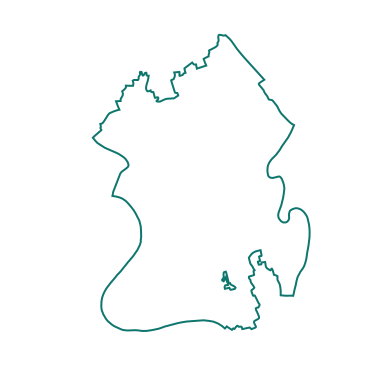 the district of Nam Truc, Nam Định, Vietnam, rotated 167°
{"feature_id": "81297802B82332241258399", "entity_name": "Nam Truc", "entity_type": "district", "adm_level": 2, "iso_a3": "VNM", "parent_name": "Vietnam", "parent_adm1": "Nam Định", "projection": "mercator", "projection_center": [106.206, 20.335], "detail": "fine", "context": "isolated", "style": "outline", "palette": "teal", "viewbox_px": 384, "rotation_deg": 167, "n_neighbors": 0, "source": "geoboundaries", "source_scale": "gbopen_adm2", "svg_char_len": 5950}
<svg xmlns="http://www.w3.org/2000/svg" viewBox="0 0 384 384"><g transform="rotate(167 192 192)"><path d="M116.7,68.1L113.9,74.1L112.2,77.3L109.9,82.3L108.2,85.4L104.3,89.9L100.8,93.0L99.3,94.7L97.6,97.4L95.6,101.2L93.4,107.0L90.6,113.4L87.6,121.7L86.1,127.9L85.5,132.0L85.3,134.2L85.3,140.4L85.4,141.8L85.9,143.6L87.0,146.3L87.9,148.0L89.3,149.8L90.2,150.7L92.1,152.0L93.5,152.6L94.6,152.9L95.6,152.9L97.9,152.7L100.4,151.9L101.1,151.2L102.1,149.5L102.7,147.7L103.2,144.8L103.6,143.7L104.6,142.6L105.2,142.1L106.1,141.6L106.8,141.4L107.5,141.3L108.4,141.4L109.5,141.7L110.5,142.2L111.9,143.7L113.1,146.2L113.4,147.4L113.4,148.6L113.2,150.1L112.4,152.2L108.0,159.0L104.5,165.9L103.2,169.1L101.5,173.8L101.1,175.1L100.9,178.3L101.0,181.2L101.6,184.7L102.3,186.3L103.1,187.3L104.0,187.6L109.1,187.5L110.6,187.6L112.3,188.3L112.9,188.8L113.8,189.9L114.0,190.6L114.1,191.5L113.9,194.9L113.3,197.4L112.6,199.4L112.1,200.6L110.5,202.8L108.8,204.5L107.2,205.9L101.9,209.2L98.5,212.0L97.4,212.9L93.8,216.6L86.2,223.4L82.1,228.0L77.5,234.2L79.9,236.5L80.9,237.8L82.3,239.9L87.2,248.0L88.4,251.0L89.8,256.5L92.3,261.9L93.1,263.3L93.5,263.6L94.4,264.0L95.6,264.5L96.4,265.0L97.1,268.3L98.9,272.4L99.4,275.2L102.5,281.4L102.6,282.2L102.5,282.5L102.2,282.8L100.4,283.6L96.3,285.1L111.2,311.8L113.3,315.9L116.0,321.4L119.5,330.0L120.9,332.7L122.8,335.5L124.1,337.3L124.7,337.2L125.9,337.2L129.2,338.8L130.3,339.0L131.0,338.5L131.6,337.1L131.9,334.1L132.1,333.4L132.6,332.5L133.7,331.5L133.8,329.9L134.2,329.2L135.4,328.4L136.8,327.8L140.5,326.8L143.5,326.1L143.6,325.8L143.7,324.1L144.9,321.9L145.3,320.4L148.2,319.8L150.7,319.1L150.3,315.4L149.7,312.0L159.5,311.1L159.4,315.4L160.6,315.5L161.6,316.0L162.7,318.1L171.5,314.2L171.7,312.0L171.5,309.6L173.0,309.4L173.6,309.3L174.6,308.3L175.3,308.1L177.5,307.9L177.8,307.9L178.0,308.1L178.0,308.8L177.3,311.1L177.3,311.8L182.4,312.5L182.3,310.1L182.4,309.4L183.6,307.2L184.4,306.2L185.3,305.9L186.9,305.7L187.1,305.6L187.2,305.3L187.0,301.8L186.8,299.8L186.3,293.1L185.9,292.4L184.1,291.8L183.9,291.3L183.7,289.1L188.5,287.3L189.1,287.3L190.1,287.7L191.6,287.8L194.1,288.3L196.1,288.5L198.2,288.3L201.8,287.5L203.0,287.3L205.1,287.8L206.0,288.3L206.1,288.6L205.9,289.0L204.8,289.5L204.2,290.1L203.8,290.6L203.7,291.2L203.8,291.7L204.3,292.1L206.6,292.0L207.0,292.2L207.1,297.3L207.2,298.0L207.5,298.3L208.5,298.3L209.1,298.6L209.4,299.6L209.5,300.3L210.9,299.9L212.6,300.1L212.9,300.4L213.2,300.9L213.5,302.1L213.4,303.5L212.9,305.2L212.1,306.8L210.0,310.5L209.0,312.6L208.1,315.0L209.5,315.4L209.9,315.9L210.0,316.4L209.6,317.8L209.7,318.5L209.9,318.6L210.8,318.6L211.4,318.2L212.6,316.9L213.2,316.5L213.7,316.5L214.1,317.3L214.1,319.7L214.3,320.4L214.9,320.6L215.5,320.7L215.9,320.2L216.0,318.5L216.2,318.1L218.1,316.1L218.6,314.2L219.2,313.4L219.7,313.3L222.2,314.0L223.6,314.2L224.7,313.8L224.6,311.7L224.7,310.9L225.5,308.8L226.8,309.0L232.5,310.5L232.7,309.2L233.4,308.2L234.3,307.5L235.6,306.7L236.9,306.2L237.4,305.8L237.2,304.4L237.2,303.3L237.5,302.5L237.9,301.6L238.6,300.8L240.5,298.8L241.1,296.7L245.6,297.5L244.9,292.1L244.2,288.5L246.5,288.5L250.5,288.1L254.5,287.3L255.6,286.7L257.0,285.5L261.5,281.0L263.5,279.3L264.7,278.9L266.0,279.0L266.1,276.0L266.8,275.1L266.8,274.3L266.3,272.9L266.5,272.6L273.9,268.7L276.4,267.2L274.9,264.1L273.1,261.0L267.1,254.8L264.3,252.7L256.9,247.2L255.0,245.7L252.0,242.6L250.8,241.3L249.2,238.9L247.9,235.3L247.8,234.4L247.8,232.5L248.1,231.8L248.8,230.9L250.9,229.7L255.8,227.6L256.6,227.1L257.8,226.0L268.7,209.9L270.4,206.0L266.6,204.5L263.5,202.8L261.6,201.4L259.7,199.5L258.4,197.9L256.7,195.1L254.5,190.9L252.9,187.3L251.7,183.6L249.8,176.0L249.7,172.9L249.7,170.1L250.5,165.1L251.6,159.8L252.8,156.5L253.0,155.3L253.5,154.2L254.8,152.0L258.4,147.6L264.2,142.4L270.3,137.9L279.4,130.7L283.8,127.8L285.5,126.4L292.3,121.3L297.4,117.0L299.6,114.6L301.4,112.3L303.3,109.3L304.7,106.1L306.1,101.0L306.4,99.0L306.5,96.7L305.9,92.6L304.3,87.6L303.2,85.3L300.2,81.2L298.5,79.3L296.6,77.7L291.5,73.8L289.8,72.9L286.1,71.6L278.8,70.2L275.7,69.3L271.8,67.8L267.6,66.9L264.6,66.6L261.3,66.4L255.6,66.3L252.9,66.5L249.3,67.0L236.5,67.4L232.7,67.4L226.4,67.0L209.6,64.4L204.2,62.5L200.2,60.8L196.1,57.9L192.9,54.7L190.6,51.6L188.3,53.2L187.8,52.5L184.1,48.7L182.5,49.8L181.5,49.0L180.3,50.0L178.4,51.4L177.9,51.4L177.5,51.2L176.9,50.3L176.4,50.1L174.9,49.9L174.2,49.6L173.9,49.1L173.8,47.1L166.3,47.0L164.9,45.0L161.3,45.5L160.4,45.8L160.0,46.4L160.1,47.0L160.9,50.3L160.9,51.0L160.5,52.0L160.0,52.3L155.9,53.5L155.2,54.0L154.9,54.5L154.8,55.4L155.0,57.1L155.6,60.6L156.1,62.4L156.1,64.1L155.6,64.5L155.3,64.6L153.3,64.6L151.8,66.3L151.5,66.8L151.5,67.5L152.1,68.7L154.0,76.7L154.3,77.1L155.6,77.1L155.9,77.5L156.3,80.6L156.4,82.2L156.0,83.0L154.3,83.7L153.0,84.5L152.8,84.8L153.2,86.4L154.8,90.2L155.0,91.3L154.9,93.2L155.8,95.0L155.7,96.3L155.5,96.7L155.1,96.8L151.4,97.0L150.4,97.1L150.1,97.3L149.9,100.9L149.7,101.2L148.6,101.7L149.3,103.4L149.9,106.0L151.1,108.6L151.3,109.6L151.4,115.2L147.9,118.2L146.6,118.9L143.5,119.8L138.3,119.9L138.4,116.1L138.5,114.4L138.8,114.1L140.7,114.2L141.2,113.9L141.2,109.6L141.4,109.4L143.4,109.3L143.5,108.1L143.3,106.2L140.8,105.9L140.0,107.7L136.5,107.3L136.8,103.0L136.6,101.8L135.8,100.4L133.4,98.1L133.2,98.0L132.9,98.1L131.8,99.4L131.4,99.3L130.9,97.4L130.8,94.3L130.8,92.9L129.1,92.0L127.7,90.8L127.7,90.2L128.1,89.1L128.3,88.4L128.4,86.8L127.4,82.9L127.3,82.0L127.3,80.3L127.7,76.4L128.8,71.4L124.2,69.9L118.4,68.6L116.7,68.1ZM177.1,90.3L181.7,90.3L181.7,91.3L181.4,92.6L180.7,93.4L180.4,93.6L179.8,93.6L178.2,93.2L177.8,93.3L177.4,93.8L177.4,94.5L177.9,95.8L178.7,101.0L181.2,97.9L182.3,98.8L182.5,99.4L182.4,99.7L181.0,100.9L180.4,101.8L180.1,102.5L179.9,104.3L179.2,106.3L178.7,106.7L177.0,106.8L176.8,105.1L176.7,101.6L176.7,96.5L176.5,95.0L175.4,94.7L175.1,93.4L174.8,92.9L172.3,90.8L171.6,90.0L171.1,89.0L171.8,88.2L172.3,87.9L176.3,88.0L176.8,88.5L177.1,90.3Z" fill="none" stroke="#0f766e" stroke-width="2"/></g></svg>